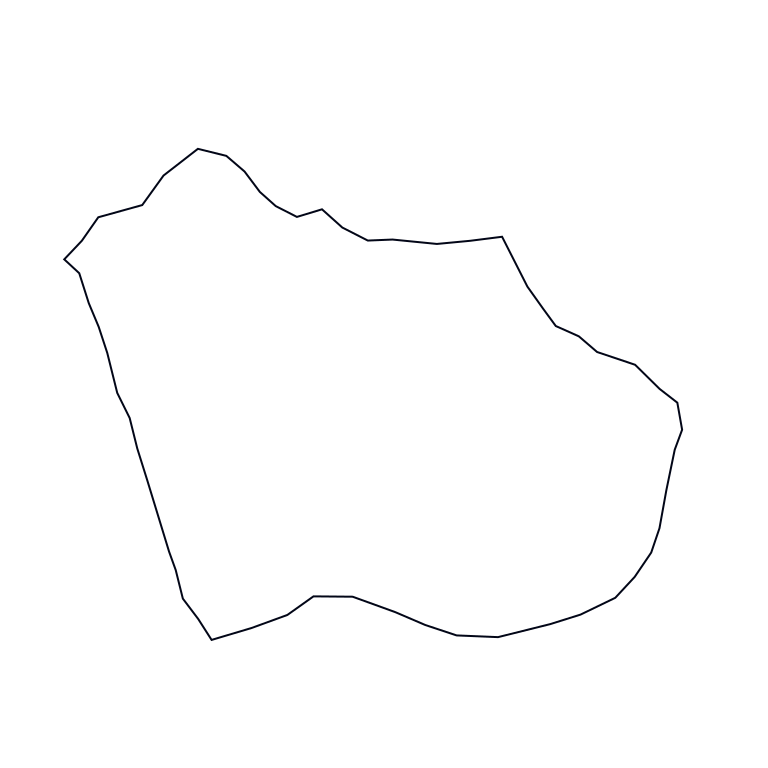 the district of Frenaros, Famagusta, Cyprus, rotated 346°
{"feature_id": "46923920B91201368298630", "entity_name": "Frenaros", "entity_type": "district", "adm_level": 2, "iso_a3": "CYP", "parent_name": "Cyprus", "parent_adm1": "Famagusta", "projection": "robinson", "projection_center": [33.902, 35.055], "detail": "fine", "context": "isolated", "style": "outline", "palette": "ink", "viewbox_px": 768, "rotation_deg": 346, "n_neighbors": 0, "source": "geoboundaries", "source_scale": "gbopen_adm2", "svg_char_len": 850}
<svg xmlns="http://www.w3.org/2000/svg" viewBox="0 0 768 768"><g transform="rotate(346 384 384)"><path d="M662.2,500.5L664.1,473.1L650.2,455.4L632.3,426.1L598.5,404.5L584.6,384.9L564.7,369.3L556.7,349.7L546.7,324.2L534.2,269.7L502.3,265.9L469.2,260.9L427.2,245.9L403.0,240.9L381.4,222.1L366.1,199.5L339.9,200.8L322.0,185.2L310.0,167.6L300.1,144.1L286.2,124.5L260.3,110.8L220.5,128.4L192.7,151.9L147.1,153.1L125.5,171.9L103.9,185.7L115.1,202.8L117.1,234.1L121.0,259.6L123.0,287.0L123.0,328.1L129.0,355.5L129.0,386.9L131.0,420.2L134.9,494.6L136.9,514.2L136.9,543.6L146.9,567.1L154.8,590.6L196.6,588.7L234.4,584.7L264.2,573.0L302.1,582.8L339.9,608.2L365.7,627.8L393.6,645.5L433.4,657.2L487.1,657.2L518.9,655.3L556.7,647.4L580.6,631.8L602.5,612.2L616.4,590.6L632.3,555.3L650.2,518.1L662.2,500.5Z" fill="none" stroke="#020617" stroke-width="2"/></g></svg>